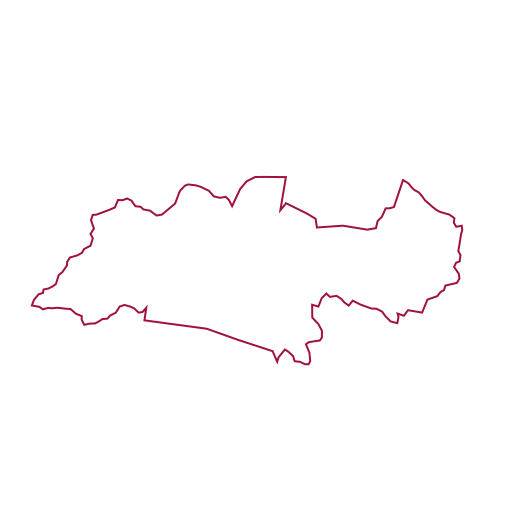 Vale do Sol, Rio Grande do Sul, Brazil (Robinson projection), rotated 106°
{"feature_id": "56859067B27359925158084", "entity_name": "Vale do Sol", "entity_type": "district", "adm_level": 2, "iso_a3": "BRA", "parent_name": "Brazil", "parent_adm1": "Rio Grande do Sul", "projection": "robinson", "projection_center": [-52.687, -29.586], "detail": "fine", "context": "isolated", "style": "outline", "palette": "rose", "viewbox_px": 512, "rotation_deg": 106, "n_neighbors": 0, "source": "geoboundaries", "source_scale": "gbopen_adm2", "svg_char_len": 2203}
<svg xmlns="http://www.w3.org/2000/svg" viewBox="0 0 512 512"><g transform="rotate(106 256 256)"><path d="M365.3,457.8L364.6,450.1L366.0,446.2L363.2,441.6L362.4,437.4L360.6,433.0L359.0,423.9L358.1,419.6L361.1,413.3L361.8,406.9L365.2,406.1L369.5,402.1L367.1,397.8L365.1,392.0L362.3,389.1L359.0,386.3L357.1,381.5L353.4,379.8L349.2,375.2L342.1,373.1L339.3,368.9L339.3,362.5L339.9,358.7L342.8,353.3L341.1,349.6L336.0,347.2L348.6,345.5L339.5,283.3L341.1,257.6L341.6,249.4L342.9,213.8L351.8,206.5L347.2,206.4L337.9,202.4L339.0,198.7L342.0,192.8L346.5,189.8L345.6,184.5L346.5,179.3L345.6,175.6L342.2,174.9L334.2,178.0L327.1,183.7L324.4,181.6L321.5,175.6L319.7,171.4L316.2,170.2L309.7,172.0L304.3,177.2L299.7,184.9L287.4,188.6L287.4,182.1L278.4,181.2L272.7,178.0L274.9,173.7L272.1,167.5L273.7,162.3L276.3,158.2L278.1,153.2L272.3,150.7L273.9,142.0L274.7,130.6L273.5,125.7L274.7,119.4L277.8,115.6L281.8,108.6L281.6,101.7L275.3,102.2L272.3,104.0L272.7,97.4L266.2,94.9L264.6,80.7L250.6,79.2L244.7,70.7L239.6,68.6L237.0,65.9L232.2,65.8L226.5,55.5L221.5,54.2L217.2,56.2L211.9,62.6L207.3,61.8L205.0,58.7L198.7,59.7L195.5,62.9L189.8,63.5L178.5,64.9L174.1,64.9L170.2,66.6L172.7,71.6L169.5,75.0L165.0,75.7L162.9,81.5L162.9,87.1L162.9,91.6L161.9,95.5L159.8,100.7L157.8,104.6L156.1,108.6L152.9,112.7L150.0,117.0L148.9,122.0L147.1,125.3L144.1,129.6L142.5,135.6L170.9,136.9L173.2,140.5L174.5,144.5L183.6,145.8L188.8,148.7L196.2,148.4L200.0,156.3L202.9,180.8L211.8,205.3L203.8,209.0L201.2,218.5L197.0,241.7L201.2,243.4L205.2,245.2L171.9,249.0L178.4,272.3L180.3,278.6L186.8,285.6L192.2,288.0L196.0,289.7L214.7,292.7L209.5,297.6L207.5,301.5L210.0,306.7L210.3,313.0L206.3,319.2L204.7,328.6L204.7,333.5L205.9,340.9L208.0,343.7L214.4,347.1L227.9,348.2L242.1,357.8L244.5,362.7L241.6,370.5L242.3,376.9L240.5,380.6L241.4,385.6L237.0,391.2L236.3,395.9L239.1,399.5L240.2,404.1L248.2,405.0L252.5,410.3L260.1,420.6L261.6,424.3L267.0,424.5L274.4,419.3L280.4,421.2L284.0,417.7L291.7,417.9L296.6,423.1L301.1,424.3L304.7,428.0L308.8,434.5L313.7,435.9L317.2,435.1L325.1,437.8L328.8,440.4L337.9,440.6L341.1,442.9L344.4,446.5L346.8,451.0L350.2,450.6L352.8,454.5L359.7,457.4L365.3,457.8Z" fill="none" stroke="#9f1239" stroke-width="2"/></g></svg>